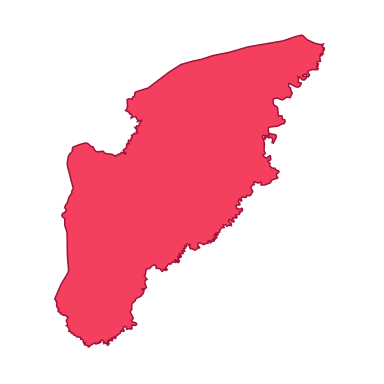 outline of Phibun Rak, Udon Thani, Thailand, rotated 172°
{"feature_id": "78962969B22410583469431", "entity_name": "Phibun Rak", "entity_type": "district", "adm_level": 2, "iso_a3": "THA", "parent_name": "Thailand", "parent_adm1": "Udon Thani", "projection": "albers", "projection_center": [103.057, 17.536], "detail": "fine", "context": "isolated", "style": "filled", "palette": "rose", "viewbox_px": 384, "rotation_deg": 172, "n_neighbors": 0, "source": "geoboundaries", "source_scale": "gbopen_adm2", "svg_char_len": 5986}
<svg xmlns="http://www.w3.org/2000/svg" viewBox="0 0 384 384"><g transform="rotate(172 192 192)"><path d="M288.0,59.3L282.5,62.4L282.0,64.3L279.5,63.5L278.7,63.8L278.5,64.7L279.8,66.0L277.7,68.3L276.1,67.6L275.7,65.1L273.7,65.5L271.3,64.6L270.5,65.1L270.3,68.4L266.3,67.8L265.2,68.5L265.3,69.6L266.1,70.4L269.5,71.9L269.6,73.2L267.9,74.8L267.8,75.6L270.0,82.0L268.0,84.1L267.4,88.7L266.6,90.0L263.2,92.4L262.3,94.3L257.3,95.8L254.3,98.5L253.1,101.4L255.0,101.9L254.7,103.1L253.7,103.3L252.6,102.5L250.4,103.7L251.5,108.9L250.6,111.1L248.7,111.6L250.9,115.9L249.6,116.8L249.0,119.4L247.3,122.5L244.8,122.0L241.5,124.6L239.2,125.0L238.2,124.4L238.1,121.4L234.4,120.6L232.7,117.5L232.0,117.6L230.9,119.4L229.0,117.9L227.3,118.6L227.7,119.3L229.2,119.6L225.8,123.6L224.5,124.2L223.4,123.4L221.3,125.1L220.0,125.1L218.1,127.3L217.5,126.3L218.2,124.6L217.0,124.8L216.3,126.0L215.7,124.1L215.1,124.0L214.0,125.4L215.5,127.1L214.0,127.9L215.0,130.0L213.4,130.7L212.9,129.1L211.8,129.1L211.6,130.2L213.0,131.5L213.0,132.8L210.2,132.0L209.1,132.9L209.9,135.1L207.5,134.4L208.1,137.3L206.6,137.2L206.8,138.5L205.1,138.7L206.1,139.9L204.9,140.1L203.9,141.3L203.0,140.0L201.4,140.1L202.2,138.0L201.3,135.8L200.3,136.2L197.5,134.0L195.3,134.6L194.2,136.4L193.0,135.4L192.2,135.7L193.7,139.2L192.8,140.8L189.9,140.0L188.9,138.8L187.1,138.2L186.2,139.1L183.2,138.9L183.2,140.9L181.2,141.5L180.7,141.1L181.6,140.1L180.7,139.0L179.7,140.1L176.9,140.4L176.6,140.8L178.2,141.9L178.0,142.5L177.0,143.0L176.4,142.0L175.5,142.1L173.6,143.6L174.0,144.2L175.5,144.4L176.1,146.0L174.7,147.3L173.8,146.9L174.1,145.7L172.4,145.8L172.0,146.6L173.6,147.8L170.3,148.3L169.4,150.6L167.9,152.4L165.1,152.3L165.8,155.1L163.3,154.9L162.3,153.2L160.2,153.9L157.6,153.3L157.7,155.8L159.8,157.5L159.2,159.5L158.1,159.1L156.1,156.8L154.7,156.6L154.3,157.5L155.8,159.4L155.6,160.6L151.6,160.0L150.9,161.0L152.3,162.2L152.0,163.1L148.5,163.2L147.7,163.9L147.9,165.6L146.0,165.6L145.0,166.2L144.3,167.9L144.9,169.0L147.0,168.0L148.5,169.2L150.0,169.5L150.3,172.4L149.4,173.1L147.5,172.4L146.3,172.7L146.2,173.9L147.4,176.2L147.2,177.4L146.1,178.2L145.1,176.4L144.1,176.2L144.1,179.0L143.3,180.1L139.2,179.1L138.0,181.0L135.7,180.3L134.2,180.8L131.7,184.3L132.9,187.2L132.8,189.0L131.6,190.3L129.3,190.6L129.5,193.2L128.8,193.4L125.1,191.6L122.7,192.2L122.3,191.7L122.6,189.3L118.7,188.9L113.0,190.2L111.8,192.2L110.8,192.9L105.3,193.8L105.1,194.6L106.1,195.7L105.8,198.0L103.3,199.5L103.0,200.4L103.6,201.2L105.2,201.6L106.8,204.1L109.4,204.5L111.5,207.2L110.8,209.7L112.4,211.6L112.1,212.5L110.3,212.5L109.5,213.1L109.3,216.4L109.7,217.2L110.8,216.9L113.4,215.0L115.4,216.6L116.7,218.7L114.0,219.9L114.9,223.0L113.5,229.8L114.5,237.6L113.3,238.2L111.4,237.5L112.9,235.1L112.4,234.1L109.8,237.4L108.1,237.8L109.2,235.4L108.7,234.9L107.0,235.3L105.2,234.2L104.8,232.9L105.8,229.7L104.6,229.1L100.9,234.5L100.8,236.3L101.6,237.2L107.5,239.1L107.9,242.3L107.4,244.9L106.5,245.5L97.7,245.3L93.5,246.9L91.2,246.9L89.9,248.9L90.1,250.6L92.3,251.5L92.3,254.7L95.9,255.6L95.5,262.8L96.0,264.7L98.7,266.6L99.2,268.9L98.8,272.1L97.6,273.0L95.0,273.3L89.7,270.6L84.8,272.8L81.7,271.7L78.9,276.2L79.9,277.9L80.0,281.3L81.6,282.9L81.2,285.9L80.4,285.9L74.3,281.5L71.8,281.1L69.9,282.3L68.6,284.2L69.1,285.0L71.6,285.7L70.7,288.8L71.1,291.5L69.9,291.1L67.1,287.7L65.3,287.3L63.2,288.6L63.0,289.4L63.5,290.6L65.9,291.0L66.3,292.3L62.8,293.1L62.0,290.1L60.8,289.8L59.3,291.3L60.6,294.5L59.9,295.6L56.2,296.6L50.7,295.6L49.8,296.6L51.1,297.7L49.1,299.7L50.4,298.8L50.9,299.4L48.9,301.1L50.3,301.9L50.1,303.2L46.5,303.7L46.8,306.4L46.1,309.5L45.3,309.2L45.2,310.5L44.3,309.8L44.3,310.9L43.0,310.6L43.5,311.6L42.0,313.3L42.2,314.2L41.4,314.6L41.9,315.1L41.1,315.4L41.3,316.7L42.4,316.9L42.8,318.1L41.3,320.2L44.1,320.0L49.7,322.2L57.0,326.9L60.4,331.4L61.5,332.1L67.7,331.5L80.7,329.0L116.5,327.9L135.1,325.2L152.3,324.2L164.5,322.0L172.1,321.6L185.2,319.8L198.8,313.5L220.9,301.1L233.7,299.0L235.0,297.9L235.4,295.1L237.8,294.1L238.5,292.0L241.6,293.2L243.4,292.5L243.9,286.0L245.1,283.1L246.5,281.9L243.4,279.9L242.8,277.9L241.3,277.4L240.6,275.6L241.9,274.5L242.0,273.6L240.0,274.7L237.2,274.3L235.7,270.5L236.2,269.2L232.5,270.2L231.9,269.9L234.9,266.7L234.8,265.3L236.5,264.7L237.6,265.2L238.2,263.4L239.5,263.9L239.0,262.5L238.2,262.6L237.6,261.8L238.7,259.8L237.6,258.6L238.9,257.7L240.5,258.2L243.9,256.4L243.3,255.2L244.7,254.0L245.3,251.3L247.5,252.2L248.1,251.3L247.7,250.2L248.5,249.6L247.7,248.6L250.1,248.6L250.6,245.0L254.3,243.2L254.1,241.7L252.0,239.4L252.5,238.9L256.4,241.1L257.7,239.7L259.6,239.8L260.0,239.0L262.2,238.7L262.5,237.9L265.8,240.4L272.5,242.2L274.4,244.8L280.4,244.9L282.4,246.8L283.8,250.6L285.5,251.1L288.6,254.7L291.0,255.4L296.9,254.6L303.3,253.1L304.1,252.4L305.0,249.0L306.5,247.3L307.3,247.2L309.5,244.5L311.6,238.0L311.7,235.0L309.1,212.0L310.9,209.6L311.4,207.4L314.5,204.0L317.0,198.7L319.1,196.6L320.3,194.1L319.3,193.0L319.3,190.7L320.4,190.1L320.4,189.5L323.0,188.8L324.2,187.1L323.8,185.4L321.8,183.5L322.6,176.5L321.4,169.3L324.3,145.8L325.1,131.9L326.1,129.3L334.7,118.5L342.9,105.1L341.6,103.5L341.9,102.6L341.0,100.6L341.8,99.5L341.7,96.5L340.1,95.2L341.0,94.0L340.5,93.1L341.2,92.2L339.0,90.8L339.1,89.8L336.4,87.8L334.1,87.3L333.6,86.2L332.2,85.5L334.4,81.8L333.6,78.9L333.9,77.4L334.9,77.2L333.9,76.3L332.8,73.5L332.6,72.5L333.4,71.2L331.7,71.0L331.3,69.2L329.9,68.8L329.1,67.0L326.9,65.8L326.4,64.6L322.4,63.6L322.7,61.6L321.3,61.5L320.1,59.9L320.6,58.9L320.3,57.5L318.5,57.7L319.7,55.8L316.2,54.1L316.3,53.0L315.2,53.0L314.0,54.2L310.2,55.8L308.7,55.8L308.6,55.0L307.4,54.8L306.6,55.7L305.8,55.1L304.7,55.4L304.7,56.4L303.3,56.0L303.4,57.2L301.7,58.0L300.1,56.5L300.7,55.6L300.4,54.3L299.4,55.0L298.6,53.9L297.4,54.6L297.1,52.3L296.5,51.9L295.1,53.4L296.7,54.4L295.0,55.7L296.0,56.1L295.9,56.6L294.5,57.3L294.2,56.0L293.6,56.4L291.8,55.9L292.5,57.4L291.2,57.2L291.7,58.5L290.6,58.2L289.4,59.3L288.4,57.6L287.6,58.0L288.0,59.3Z" fill="#f43f5e" stroke="#9f1239" stroke-width="1.5"/></g></svg>